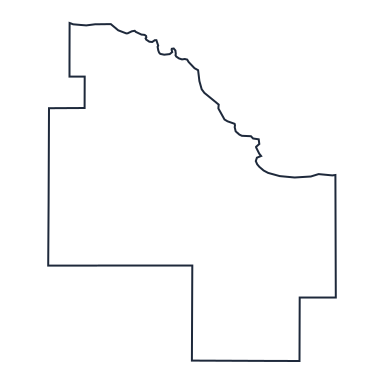 outline of Marquette, Michigan, United States of America
{"feature_id": "52423323B1149606066361", "entity_name": "Marquette", "entity_type": "district", "adm_level": 2, "iso_a3": "USA", "parent_name": "United States of America", "parent_adm1": "Michigan", "projection": "natural_earth1", "projection_center": [-87.624, 46.449], "detail": "fine", "context": "isolated", "style": "outline", "palette": "slate", "viewbox_px": 384, "rotation_deg": 0, "n_neighbors": 0, "source": "geoboundaries", "source_scale": "gbopen_adm2", "svg_char_len": 1180}
<svg xmlns="http://www.w3.org/2000/svg" viewBox="0 0 384 384"><path d="M263.5,360.9L299.5,361.0L299.7,297.5L335.8,297.5L335.4,175.0L332.3,175.4L318.6,174.1L310.8,176.5L294.6,177.5L279.7,176.1L268.1,172.9L263.6,170.5L259.4,166.9L257.2,164.3L255.8,161.1L256.9,157.7L261.1,156.0L259.2,153.6L256.1,147.4L256.1,146.8L259.3,144.0L258.7,139.3L253.1,138.5L250.9,136.2L241.9,135.8L239.4,134.6L235.7,131.4L234.7,127.2L235.0,125.3L234.6,123.8L227.5,121.3L224.5,119.5L218.4,108.5L218.4,108.0L218.7,104.6L204.4,92.9L201.7,89.3L199.4,81.1L198.1,70.2L194.5,68.2L188.7,62.1L187.2,59.6L184.8,59.0L182.0,59.4L178.9,58.4L176.2,56.5L175.5,55.2L175.8,53.9L175.4,50.5L173.7,48.5L171.8,48.8L171.6,49.7L172.2,52.1L169.7,54.1L164.2,54.7L160.3,53.9L159.1,52.6L158.3,50.5L157.6,46.8L158.2,45.7L156.4,40.2L154.8,40.2L152.2,42.0L149.3,41.7L146.2,39.6L145.6,38.3L146.3,37.5L146.1,36.0L144.6,34.9L142.9,34.7L141.5,34.6L135.8,31.9L134.7,30.8L131.8,31.3L127.7,33.3L126.3,33.4L118.2,30.3L110.8,24.1L94.9,24.3L86.3,25.4L81.1,25.0L73.1,24.3L69.6,23.0L69.5,60.8L69.5,76.6L84.7,76.6L84.6,108.0L49.0,108.2L48.6,202.4L48.2,265.6L192.3,265.5L191.9,360.6L263.5,360.9Z" fill="none" stroke="#1e293b" stroke-width="2"/></svg>